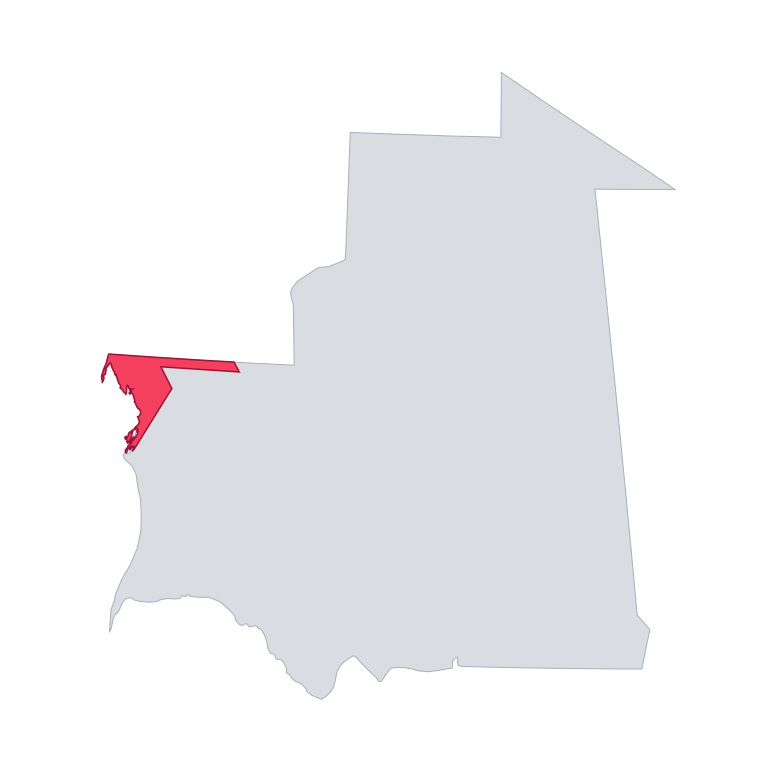 where Dakhlet Nouadhibou sits in Mauritania, rotated 4°
{"feature_id": "MRT-2785", "entity_name": "Dakhlet Nouadhibou", "entity_type": "Region", "adm_level": 1, "iso_a3": "MRT", "parent_name": "Mauritania", "parent_adm1": "", "projection": "orthographic", "projection_center": [-16.46, 20.371], "detail": "fine", "context": "in_parent", "style": "filled", "palette": "rose", "viewbox_px": 768, "rotation_deg": 4, "n_neighbors": 0, "source": "natural_earth", "source_scale": "10m", "svg_char_len": 6769}
<svg xmlns="http://www.w3.org/2000/svg" viewBox="0 0 768 768"><g transform="rotate(4 384 384)"><path d="M335.1,700.0L334.0,699.7L328.8,696.2L326.2,691.9L322.1,688.8L316.4,686.7L312.7,684.3L310.9,681.6L308.8,679.8L306.6,678.9L306.4,677.9L306.9,676.5L306.3,674.0L302.9,668.4L299.8,665.8L297.1,666.3L295.6,665.6L294.7,664.4L294.3,662.6L292.5,661.0L289.4,660.4L286.8,656.2L284.8,648.5L282.2,642.6L279.2,638.3L277.0,636.7L275.4,636.5L274.8,635.8L274.4,634.5L272.0,634.1L268.7,635.5L265.8,635.1L264.3,633.0L262.3,632.9L259.7,634.7L256.8,634.2L253.7,631.5L251.9,628.8L251.6,626.1L246.2,620.7L235.7,612.7L224.3,609.0L212.1,609.7L205.2,609.3L203.7,608.1L202.2,608.2L200.7,609.7L199.1,610.0L197.4,609.2L196.3,609.9L195.9,611.9L191.6,613.0L183.4,613.1L176.8,614.5L171.7,617.0L164.6,618.1L155.3,617.8L149.8,616.9L147.9,615.4L145.2,615.1L141.8,615.9L138.7,619.9L136.0,627.2L133.8,631.3L132.0,632.3L130.1,637.7L129.0,646.8L127.4,650.8L127.4,628.2L130.0,619.7L130.9,612.3L136.5,595.9L143.3,582.5L149.4,564.6L151.7,547.4L150.9,530.4L149.0,515.4L145.9,505.4L142.9,491.0L138.4,483.4L130.3,476.8L128.5,472.9L130.4,471.5L135.3,470.5L138.4,465.3L131.8,467.3L139.5,451.4L141.8,440.6L141.4,433.5L142.9,429.1L137.0,419.6L132.5,407.7L130.2,405.8L127.7,404.8L127.5,407.6L126.2,410.1L123.4,408.6L118.4,399.9L111.4,385.7L109.0,384.3L107.0,386.2L105.7,388.1L103.3,399.9L102.5,395.2L103.6,389.7L105.3,382.9L107.3,373.4L113.3,373.5L124.1,373.5L145.7,373.4L156.5,373.4L178.1,373.2L188.9,373.2L210.5,372.9L221.3,372.8L242.9,372.5L253.7,372.3L275.2,371.9L286.0,371.7L293.1,371.5L292.5,364.8L292.1,359.5L291.5,352.4L290.9,345.3L290.3,338.2L289.7,331.5L289.2,324.8L288.6,318.6L288.2,312.9L287.5,309.7L285.1,303.2L284.5,300.0L285.0,296.6L286.5,293.4L290.5,287.4L296.7,282.8L303.8,277.4L309.2,273.3L312.0,272.2L320.6,270.7L327.3,267.5L333.8,264.4L336.6,262.7L336.7,257.2L332.8,135.4L364.8,134.4L373.3,134.1L432.2,132.0L440.6,131.6L483.4,129.7L483.0,124.0L482.5,115.8L481.8,104.5L481.1,93.2L479.9,73.3L479.3,65.0L488.1,70.1L505.5,80.4L514.3,85.5L531.8,95.7L549.4,105.8L567.1,116.0L575.9,121.0L584.7,126.1L593.6,131.1L602.4,136.1L620.2,146.1L627.6,150.3L639.1,157.0L649.8,163.3L660.6,169.6L644.8,170.7L623.8,172.2L609.4,173.1L594.7,174.1L580.8,174.9L582.9,186.3L585.1,198.8L587.2,211.2L589.4,223.6L591.6,236.1L598.1,273.4L600.3,285.8L602.4,298.3L604.6,310.8L606.7,323.2L611.0,348.1L613.2,360.6L615.3,373.0L617.4,385.5L619.5,398.0L621.7,410.4L625.9,435.3L628.0,447.8L630.1,460.3L632.2,472.7L634.3,485.2L636.3,497.6L638.4,510.1L640.5,522.5L644.6,547.4L646.7,559.8L648.7,572.3L650.7,584.7L652.7,596.8L658.7,602.8L666.3,610.3L664.8,621.7L663.0,635.4L661.1,650.3L641.2,651.7L621.7,652.9L572.7,655.8L562.9,656.3L513.7,658.9L503.9,659.3L484.9,660.2L479.2,660.1L477.2,659.0L476.2,651.4L474.5,652.0L472.6,654.3L471.6,656.8L472.1,660.0L471.9,662.7L465.6,664.0L457.1,666.2L448.1,667.9L439.0,667.8L435.8,667.3L432.5,666.4L425.2,665.6L421.3,665.6L416.7,666.0L411.4,666.8L409.7,668.3L405.9,674.1L402.1,680.9L399.6,680.9L396.6,677.4L388.6,670.8L378.8,662.1L374.4,657.8L372.1,657.3L367.6,660.7L363.8,663.8L359.8,668.3L358.0,672.5L356.7,677.5L356.1,683.3L354.8,690.1L351.6,695.7L347.7,699.9L344.9,701.9L343.8,703.0L335.1,700.0ZM135.2,455.5L132.1,460.4L130.8,458.5L130.3,455.3L133.0,450.7L134.2,448.3L136.6,447.4L135.2,455.5Z" fill="#d9dde1" stroke="#a8b0b8" stroke-width="1"/><path d="M102.9,401.9L101.7,396.4L101.9,394.9L103.0,390.3L103.3,388.7L105.4,382.9L106.3,378.1L107.1,373.7L107.6,373.3L113.0,373.3L115.0,373.3L120.5,373.3L129.0,373.3L140.1,373.3L153.2,373.3L167.9,373.2L183.5,373.1L199.7,373.0L215.8,372.8L231.5,372.6L232.9,372.6L238.8,382.1L160.3,382.4L172.7,403.3L142.1,461.3L139.5,466.2L137.8,468.3L137.6,468.1L138.7,466.1L139.0,465.1L139.4,464.5L139.5,464.1L139.4,463.8L139.0,463.6L138.7,463.6L138.6,463.8L138.3,463.7L135.7,466.7L134.3,467.8L136.3,463.6L135.6,464.0L133.7,465.6L133.0,466.3L132.7,466.8L132.4,467.4L132.3,468.0L132.5,468.6L132.5,468.9L132.1,469.8L132.0,470.3L131.9,470.5L131.6,470.6L131.3,470.6L131.0,470.5L130.8,470.4L130.8,470.1L130.7,469.8L130.6,469.4L130.7,468.2L130.7,467.8L131.2,467.0L132.4,465.6L132.7,464.8L132.8,463.7L133.3,463.2L133.9,462.8L134.7,462.2L139.2,455.3L139.5,455.0L139.8,454.8L140.1,454.5L140.2,454.0L140.2,453.0L140.4,452.7L140.7,452.5L140.8,452.3L141.6,451.4L141.8,451.1L141.8,450.6L141.7,450.1L141.5,449.7L141.1,449.4L141.5,449.0L141.8,448.6L141.9,448.2L141.8,447.6L141.1,448.1L140.8,448.3L140.7,447.5L141.4,446.3L141.1,445.6L140.3,445.0L139.7,445.5L139.3,446.2L139.2,446.6L138.4,447.1L138.1,446.9L138.0,446.2L138.2,445.6L138.5,445.0L138.8,444.6L141.6,441.7L142.3,440.5L142.7,439.0L142.5,437.7L141.1,435.2L140.5,433.8L140.9,433.8L141.2,433.8L141.5,433.7L141.8,433.4L142.8,431.8L143.2,430.8L143.4,429.8L143.3,428.9L143.0,428.1L141.6,426.0L141.3,425.8L140.6,425.8L140.2,425.6L140.0,425.1L139.8,424.6L139.6,424.4L138.9,424.0L137.5,420.6L137.1,420.2L136.7,419.9L136.4,419.6L136.2,419.1L136.4,418.9L136.7,418.8L136.8,418.7L136.7,418.4L136.6,418.2L136.3,417.5L136.1,416.6L134.3,411.9L133.9,411.2L133.2,410.9L132.8,410.3L132.7,409.0L132.5,408.1L131.7,408.5L130.7,407.8L130.7,407.5L132.9,406.8L133.5,406.5L132.5,406.4L130.8,406.7L130.1,406.5L129.4,405.7L129.8,405.4L129.1,404.0L128.8,403.7L127.8,403.3L127.5,405.5L127.8,410.4L127.2,412.3L126.7,411.5L126.1,411.0L124.9,410.2L124.5,409.8L123.9,408.6L123.4,408.0L122.8,407.6L121.4,406.8L121.0,406.4L121.0,405.8L121.2,405.6L121.5,405.5L121.7,405.4L121.6,405.0L121.4,404.5L121.3,404.2L121.1,403.4L120.5,402.8L119.2,401.7L119.1,401.4L119.1,400.4L118.9,400.0L118.1,399.1L117.6,396.8L117.3,396.2L116.8,395.6L116.5,394.8L116.3,394.0L116.2,393.3L116.0,393.5L115.7,393.7L115.5,393.9L114.9,393.3L114.6,392.5L114.5,391.7L114.2,390.8L113.9,390.5L113.5,390.1L113.1,389.6L112.9,388.9L112.7,388.4L111.6,386.8L111.3,386.1L111.2,385.4L111.0,384.6L110.4,383.2L109.5,382.0L108.8,382.4L107.6,384.7L105.6,387.5L105.1,387.9L104.8,388.5L105.2,389.4L105.7,389.1L105.8,390.0L105.5,391.9L105.4,393.5L105.2,393.9L104.7,394.2L103.6,394.6L103.2,394.9L103.2,395.4L103.4,395.8L103.9,396.3L104.2,397.1L104.2,397.4L104.2,398.1L103.7,400.2L103.3,401.3L102.9,401.9ZM135.0,450.1L135.9,448.1L136.5,447.3L136.9,448.0L135.5,454.8L134.3,457.9L132.4,460.8L131.6,459.7L131.4,459.4L131.4,459.0L131.5,458.5L131.5,458.0L131.2,457.5L130.9,456.6L131.2,455.7L132.6,453.6L132.7,453.4L132.6,451.9L132.7,451.4L133.1,450.5L133.7,449.7L134.3,449.5L135.0,450.1ZM137.7,454.4L138.2,454.3L138.6,454.7L138.0,455.6L137.3,456.3L136.7,457.0L135.9,458.5L134.2,460.9L134.3,460.0L135.9,457.0L137.7,454.4ZM130.2,454.2L130.6,454.3L130.6,454.8L130.5,455.9L130.2,456.6L129.9,457.0L129.5,456.6L129.3,455.6L129.6,454.6L130.2,454.2ZM131.1,409.6L131.5,409.7L131.7,410.0L131.6,411.6L131.3,411.8L130.7,411.5L130.4,410.6L130.6,409.9L131.1,409.6Z" fill="#f43f5e" stroke="#9f1239" stroke-width="1.5"/></g></svg>